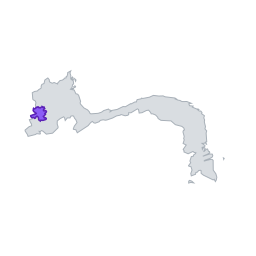 where Lào Cai sits in Vietnam, rotated 294°
{"feature_id": "VNM-5483", "entity_name": "Lào Cai", "entity_type": "Province", "adm_level": 1, "iso_a3": "VNM", "parent_name": "Vietnam", "parent_adm1": "", "projection": "mercator", "projection_center": [104.093, 22.267], "detail": "fine", "context": "in_parent", "style": "filled", "palette": "violet", "viewbox_px": 256, "rotation_deg": 294, "n_neighbors": 0, "source": "natural_earth", "source_scale": "10m", "svg_char_len": 5621}
<svg xmlns="http://www.w3.org/2000/svg" viewBox="0 0 256 256"><g transform="rotate(294 128 128)"><path d="M156.9,52.5L154.7,52.6L152.5,54.5L149.5,55.7L148.7,58.9L146.2,60.4L145.0,59.7L142.5,60.4L139.9,59.7L140.8,63.4L138.1,66.4L138.4,68.3L137.7,69.7L133.0,73.9L131.6,74.0L130.6,74.7L128.4,79.6L128.1,83.7L127.1,86.0L126.1,87.0L125.8,88.3L129.3,94.8L131.7,97.4L134.0,98.7L137.4,102.5L136.9,103.5L137.2,105.6L135.5,105.0L135.7,105.3L137.7,106.4L140.5,110.5L145.6,114.8L146.4,117.0L151.3,120.5L151.2,121.0L154.7,123.8L155.1,125.0L157.6,124.8L160.0,128.1L160.8,128.2L161.0,129.5L164.9,135.1L168.1,137.9L169.7,143.1L171.6,147.0L171.6,149.2L174.5,158.7L174.3,160.0L173.7,158.7L173.8,162.3L174.3,164.2L174.1,166.6L176.1,170.9L176.3,175.8L174.9,173.7L173.4,175.1L174.5,178.6L173.2,178.3L173.3,182.9L173.9,184.5L173.7,185.1L173.1,183.9L172.5,186.1L173.1,187.6L172.2,189.3L171.0,189.4L170.3,192.8L168.1,193.1L166.5,194.7L164.5,195.3L160.8,198.2L158.5,198.7L157.3,201.1L155.2,201.4L147.5,205.5L146.6,204.5L145.2,204.1L144.1,201.9L143.3,205.4L142.7,205.7L141.6,205.0L140.4,203.6L138.8,204.6L140.6,204.8L141.1,205.8L140.8,206.8L137.0,206.8L140.5,208.2L141.2,209.2L139.5,210.9L139.5,212.1L138.7,212.7L136.8,211.6L132.6,207.8L137.5,213.2L138.4,215.6L137.2,216.7L135.8,216.8L133.5,215.2L129.8,211.3L128.6,210.8L132.9,216.2L133.5,217.5L133.1,218.9L124.2,223.0L121.9,226.9L119.1,229.2L116.2,229.8L114.6,229.6L116.2,227.6L115.2,226.9L115.6,216.1L116.3,213.3L118.8,212.1L118.9,211.5L118.0,209.9L115.9,209.3L115.0,208.1L113.2,208.5L110.0,205.3L111.9,203.9L115.6,203.6L118.2,201.4L117.9,198.9L118.2,198.6L121.8,199.4L123.0,198.0L127.6,197.5L128.9,199.2L130.0,198.9L132.1,200.1L133.0,200.1L132.6,198.4L133.0,196.9L128.9,193.4L128.9,188.8L129.9,188.6L130.9,187.1L136.1,188.1L136.3,184.6L140.1,184.2L140.9,183.2L143.1,182.8L146.8,179.8L148.4,179.6L149.2,180.4L150.7,179.0L151.4,176.6L150.3,169.9L152.0,164.4L148.4,155.0L148.9,151.7L150.0,150.6L151.1,147.9L151.0,144.9L150.4,143.4L151.4,142.3L152.7,139.6L151.5,137.7L147.7,134.6L146.2,132.1L149.2,130.1L149.3,128.8L143.1,124.5L142.1,122.3L140.6,123.2L139.5,122.6L138.0,120.4L137.5,116.2L136.5,115.6L134.4,112.6L130.9,109.9L126.7,105.4L125.9,104.1L125.4,102.0L123.7,99.6L122.0,99.1L119.1,96.1L118.8,94.8L119.5,92.7L117.5,91.6L113.9,90.6L103.0,83.6L105.2,81.1L104.6,78.8L104.8,78.4L107.8,78.2L112.2,79.2L114.2,77.2L115.2,75.2L116.7,73.5L116.7,72.6L115.6,71.0L113.6,70.9L112.6,68.5L109.3,67.6L111.4,66.0L112.1,64.7L109.0,62.2L105.7,60.5L102.8,61.7L100.6,63.7L99.6,64.0L92.6,61.2L89.2,55.9L90.5,51.6L90.5,50.0L89.1,49.3L88.8,48.2L87.7,50.1L86.7,50.1L85.7,46.9L84.4,46.1L79.7,40.1L81.1,38.8L83.3,35.4L84.2,34.8L88.9,37.1L90.9,39.1L93.0,37.7L93.0,37.0L95.5,34.5L97.7,37.1L99.4,34.3L103.6,37.8L104.3,37.1L105.1,34.7L106.3,34.1L107.2,33.9L108.3,35.3L109.3,35.4L111.4,34.0L113.5,33.7L114.9,32.5L115.3,29.7L115.8,29.2L121.3,26.2L123.4,27.8L124.9,30.1L126.7,30.8L128.8,32.3L130.3,32.1L130.8,31.6L132.8,31.6L134.5,33.2L138.0,32.5L141.1,34.4L140.1,36.4L138.5,37.3L138.1,38.3L138.1,40.6L139.5,42.0L139.6,45.8L140.5,45.5L143.7,46.6L144.9,48.4L146.4,49.5L147.6,49.6L148.7,51.1L149.8,50.6L150.3,51.2L152.5,51.0L154.1,50.4L156.9,52.5ZM105.2,205.6L105.4,207.8L104.6,210.4L103.8,207.5L102.4,205.8L104.2,205.1L105.2,205.6ZM152.0,56.6L150.1,58.4L149.4,58.4L150.3,55.9L152.0,56.6ZM144.5,63.3L143.9,63.3L142.9,62.2L143.4,61.6L144.6,62.0L144.9,62.5L144.5,63.3ZM150.9,60.7L150.2,61.1L149.3,61.1L151.3,59.2L150.9,60.7ZM141.3,60.7L142.1,62.6L141.0,61.6L141.3,60.7ZM146.6,204.8L145.1,206.3L145.1,205.6L146.6,204.8ZM139.4,228.2L138.3,228.2L139.5,227.3L139.4,228.2Z" fill="#d9dde1" stroke="#a8b0b8" stroke-width="1"/><path d="M108.9,35.7L109.1,35.7L109.2,35.9L109.3,35.9L109.4,36.0L109.8,36.1L110.0,36.2L110.1,36.3L110.6,37.0L110.7,37.3L110.3,37.3L110.2,37.4L110.2,37.6L110.3,38.0L110.5,38.4L110.5,38.6L110.6,38.8L110.6,39.2L110.6,39.5L110.8,39.7L111.2,40.0L111.7,40.2L111.9,40.3L112.1,40.5L112.3,40.8L112.3,41.0L112.2,41.7L112.2,41.9L112.2,42.1L112.3,42.2L112.5,42.1L112.7,41.8L112.7,42.2L112.9,42.7L113.0,42.9L112.9,43.0L112.6,43.2L112.4,43.3L112.2,43.5L112.0,43.9L111.9,44.1L111.7,44.1L110.7,43.4L110.4,43.4L110.1,43.4L109.7,43.6L109.5,43.8L109.4,44.1L109.5,44.4L110.1,45.4L110.2,45.6L110.3,45.9L110.3,46.2L110.2,46.4L110.0,46.7L109.8,46.8L109.6,46.9L109.3,46.9L109.0,46.8L107.9,46.3L107.6,46.1L107.4,46.1L107.3,46.4L107.3,46.6L107.3,46.8L107.1,47.0L106.9,47.1L106.7,47.0L106.6,46.8L106.4,46.8L106.1,46.7L105.6,46.7L105.3,46.6L105.1,46.5L104.8,46.4L104.5,46.0L104.3,45.9L104.2,45.9L103.9,46.5L103.6,47.0L103.4,47.2L103.3,47.4L103.2,47.5L103.3,47.6L103.7,48.3L103.8,48.4L103.8,48.6L103.7,48.8L103.6,49.2L103.4,49.5L103.0,49.6L102.8,49.6L102.5,49.5L102.2,49.3L100.6,47.5L100.3,47.0L99.7,45.4L99.6,45.1L99.4,45.0L99.2,44.9L98.7,45.0L98.9,43.8L99.0,43.6L99.1,43.3L99.4,42.9L99.6,42.8L99.8,42.6L100.4,42.4L100.6,42.3L100.8,42.1L101.4,41.4L101.7,40.8L101.8,40.6L101.8,40.3L101.7,40.0L101.5,39.8L101.1,39.5L100.8,39.4L100.5,39.4L100.3,39.5L100.0,39.5L99.8,39.5L99.6,39.4L99.3,39.3L99.0,39.0L98.8,38.8L98.8,38.6L99.0,38.4L99.2,38.1L99.3,37.9L99.2,37.6L99.1,37.2L98.7,36.5L98.4,36.2L98.4,35.6L98.7,35.1L98.8,34.9L98.9,34.7L99.0,34.5L99.2,34.4L99.7,34.1L99.9,34.2L100.8,35.3L101.7,36.1L101.8,36.2L101.9,36.4L102.1,36.8L102.3,36.9L102.6,37.3L102.9,37.3L103.0,37.4L103.1,37.5L103.3,37.9L103.6,38.0L103.9,38.3L104.1,38.1L104.2,37.8L104.2,37.6L104.2,37.3L104.3,37.1L104.4,36.7L104.5,36.5L104.6,35.6L104.7,35.2L105.0,34.8L105.1,34.7L105.3,34.4L105.5,34.2L106.1,34.1L107.2,33.7L107.6,33.7L107.5,34.0L107.4,34.3L107.4,34.6L107.5,34.9L107.7,35.1L108.4,35.4L108.7,35.6L108.9,35.7Z" fill="#8b5cf6" stroke="#5b21b6" stroke-width="1.5"/></g></svg>